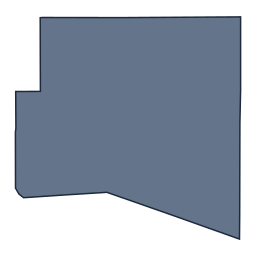 the district of Pueblo, Colorado, United States of America
{"feature_id": "52423323B13171777995107", "entity_name": "Pueblo", "entity_type": "district", "adm_level": 2, "iso_a3": "USA", "parent_name": "United States of America", "parent_adm1": "Colorado", "projection": "natural_earth1", "projection_center": [-104.683, 38.129], "detail": "fine", "context": "isolated", "style": "filled", "palette": "slate", "viewbox_px": 256, "rotation_deg": 0, "n_neighbors": 0, "source": "geoboundaries", "source_scale": "gbopen_adm2", "svg_char_len": 374}
<svg xmlns="http://www.w3.org/2000/svg" viewBox="0 0 256 256"><path d="M15.7,91.5L15.9,128.2L15.4,132.1L15.5,188.1L18.9,194.0L23.6,197.7L65.5,194.9L102.4,192.6L106.8,192.3L173.7,215.7L239.5,239.1L239.7,214.1L239.9,122.9L240.6,90.4L240.6,16.9L124.7,17.6L110.4,17.6L42.1,17.5L40.2,17.7L40.3,59.3L40.4,91.4L15.7,91.5Z" fill="#64748b" stroke="#1e293b" stroke-width="1.5"/></svg>